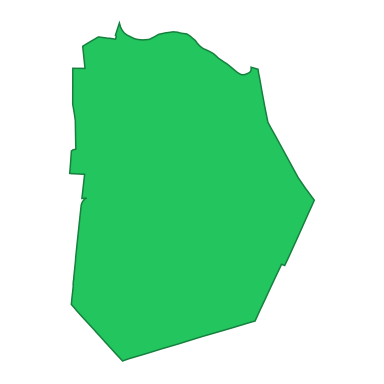 outline of Periam, Timis, Romania
{"feature_id": "2599482B63950750232627", "entity_name": "Periam", "entity_type": "district", "adm_level": 2, "iso_a3": "ROU", "parent_name": "Romania", "parent_adm1": "Timis", "projection": "albers", "projection_center": [20.876, 46.04], "detail": "fine", "context": "isolated", "style": "filled", "palette": "green", "viewbox_px": 384, "rotation_deg": 0, "n_neighbors": 0, "source": "geoboundaries", "source_scale": "gbopen_adm2", "svg_char_len": 2563}
<svg xmlns="http://www.w3.org/2000/svg" viewBox="0 0 384 384"><path d="M122.5,361.0L129.0,358.7L145.7,353.8L161.1,349.0L179.2,343.7L195.8,338.5L202.6,336.4L214.5,333.0L232.0,327.9L248.2,323.0L255.1,321.0L259.2,311.9L264.9,299.8L270.4,287.9L275.0,278.1L280.3,267.0L281.5,264.3L284.7,265.5L288.6,257.3L292.9,247.8L296.8,239.3L301.9,227.9L307.2,216.0L312.1,205.2L314.3,200.2L305.7,188.6L298.2,177.7L292.6,167.4L285.4,154.2L278.9,142.3L275.2,135.5L270.2,126.6L267.9,122.2L264.6,105.8L261.9,91.1L259.8,79.1L259.2,76.0L259.1,75.5L258.7,73.8L258.0,69.2L252.0,67.5L251.1,67.2L251.1,69.7L251.0,70.4L250.6,71.2L250.1,71.9L249.6,72.4L248.4,73.1L246.3,74.0L244.9,74.5L243.8,74.7L242.3,74.7L241.3,74.6L240.2,74.1L238.8,73.3L237.3,72.4L235.3,70.7L232.4,68.3L227.8,64.5L227.0,63.9L224.1,62.1L221.7,60.4L219.6,59.0L218.5,58.3L216.7,56.5L215.5,55.4L213.3,53.6L212.2,52.9L210.7,52.1L209.1,51.2L207.7,50.6L205.5,49.5L204.0,49.0L203.1,48.5L202.3,47.9L200.9,46.9L199.3,45.5L198.5,44.6L197.2,43.2L196.7,42.4L195.7,41.0L194.8,40.0L193.9,39.3L192.8,38.5L191.9,37.6L189.9,35.9L186.7,33.9L181.1,33.2L177.5,32.2L173.0,31.8L171.3,32.1L165.3,32.9L161.2,33.8L158.7,34.3L155.7,36.1L153.2,37.4L150.8,38.6L149.4,39.3L148.1,39.5L147.0,39.6L146.2,39.7L145.5,39.7L143.2,39.9L142.0,39.9L138.1,39.5L136.5,39.2L135.5,39.0L133.9,38.4L126.9,35.0L124.2,32.9L122.2,30.3L120.6,27.2L119.4,23.0L117.1,30.0L115.4,35.4L115.7,35.6L116.0,35.9L116.3,36.2L116.3,36.4L115.8,38.0L115.5,39.2L109.3,38.2L108.6,38.3L107.9,38.3L107.1,38.1L98.4,36.9L88.0,43.0L87.1,43.5L82.7,46.3L85.0,68.4L72.8,68.3L72.7,104.5L73.1,106.5L74.2,112.8L75.3,120.4L75.7,144.9L75.9,149.1L72.9,149.9L71.4,151.0L70.3,166.5L69.7,173.4L70.7,173.6L84.6,174.3L81.9,198.5L86.7,198.0L84.7,199.0L83.7,200.2L83.6,200.3L83.1,201.0L82.7,201.3L81.6,203.7L81.2,205.2L79.7,219.1L78.4,231.3L76.8,246.4L75.6,258.3L75.5,260.7L73.9,276.3L73.8,277.7L73.7,278.7L73.8,279.3L73.5,279.9L73.3,282.0L73.1,284.8L73.3,285.0L73.1,287.0L73.0,288.4L72.9,289.4L72.8,289.8L72.8,290.1L72.8,290.3L72.6,292.2L72.4,293.8L72.2,295.6L72.0,297.4L71.8,299.3L71.7,300.9L71.5,302.8L71.3,304.4L72.6,305.9L74.3,307.8L75.2,308.9L76.5,310.5L77.2,311.3L78.9,313.2L79.1,313.4L80.4,314.9L80.8,315.3L81.5,316.1L83.9,318.7L89.8,325.1L90.6,326.0L90.8,326.1L91.0,326.4L92.3,327.8L93.6,329.2L94.9,330.6L96.2,332.2L97.5,333.6L99.0,335.2L99.3,335.5L103.9,340.6L105.1,342.0L106.5,343.5L107.8,344.9L109.1,346.4L110.3,347.7L112.9,350.5L113.9,351.7L114.2,351.9L115.3,353.2L116.7,354.7L118.1,356.2L118.9,357.0L120.3,358.6L121.6,359.9L122.5,361.0Z" fill="#22c55e" stroke="#15803d" stroke-width="1.5"/></svg>